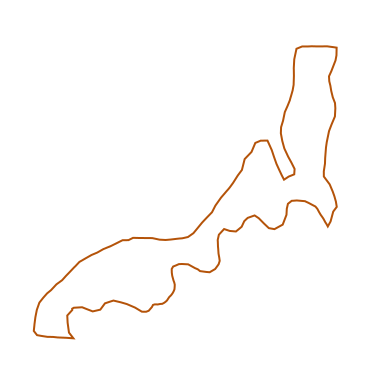 Sagbama, Bayelsa, Nigeria (Natural Earth projection), rotated 185°
{"feature_id": "59680162B84100135495566", "entity_name": "Sagbama", "entity_type": "district", "adm_level": 2, "iso_a3": "NGA", "parent_name": "Nigeria", "parent_adm1": "Bayelsa", "projection": "natural_earth1", "projection_center": [6.208, 5.097], "detail": "fine", "context": "isolated", "style": "outline", "palette": "amber", "viewbox_px": 384, "rotation_deg": 185, "n_neighbors": 0, "source": "geoboundaries", "source_scale": "gbopen_adm2", "svg_char_len": 2826}
<svg xmlns="http://www.w3.org/2000/svg" viewBox="0 0 384 384"><g transform="rotate(185 192 192)"><path d="M62.1,304.8L63.4,309.9L64.9,314.3L65.6,319.2L63.7,324.6L60.5,335.6L60.0,340.7L60.5,348.4L63.5,348.6L70.1,348.9L79.1,348.0L85.5,347.6L89.8,347.0L94.9,346.6L100.4,343.8L101.7,333.1L101.4,324.1L101.2,322.5L100.6,316.6L100.1,307.6L100.6,302.0L101.6,296.8L102.3,293.4L102.5,292.0L104.4,285.8L106.5,279.7L107.5,271.0L108.9,264.3L108.6,258.2L106.5,250.7L103.8,243.4L99.3,235.6L95.5,229.9L91.8,223.9L91.7,218.5L97.0,215.8L101.4,212.3L104.0,216.4L107.2,221.9L110.3,227.4L113.4,234.2L116.2,240.7L121.3,249.8L121.5,249.8L128.1,249.1L133.2,246.4L136.2,237.1L142.4,229.4L144.2,218.3L147.8,212.5L151.9,204.6L154.8,199.8L156.1,197.9L157.6,195.9L162.6,188.9L167.5,180.5L170.3,173.6L175.0,167.8L178.4,163.5L179.4,162.2L183.9,155.6L187.0,151.1L192.1,146.8L197.4,145.1L198.4,144.9L200.8,144.5L203.3,144.0L209.0,142.8L214.1,141.9L220.2,141.7L227.4,142.6L229.0,142.5L240.3,141.6L246.7,141.2L251.1,138.5L257.0,137.9L268.1,131.1L275.3,127.4L281.1,123.4L286.6,120.5L291.7,117.0L298.1,112.5L301.8,107.8L302.8,106.7L306.6,101.9L310.1,97.6L313.7,92.8L319.0,88.2L323.9,81.9L327.5,78.4L330.9,73.8L334.4,68.5L336.3,61.1L337.1,53.7L337.4,46.6L337.4,44.9L337.5,39.8L333.9,35.9L329.5,35.5L323.4,35.1L317.9,35.5L313.1,35.4L304.6,35.8L297.4,35.9L302.3,41.2L304.5,50.9L305.5,58.1L301.0,64.0L301.2,65.3L299.6,66.4L291.4,67.6L287.4,66.4L280.5,64.4L273.1,66.8L269.0,73.5L263.2,76.0L260.8,77.0L253.3,75.9L252.3,75.7L247.2,74.7L238.7,71.9L231.5,68.4L227.3,68.7L224.8,69.9L223.2,72.1L221.9,73.9L221.0,76.1L219.3,76.8L216.3,77.0L213.9,77.7L211.9,78.0L210.2,79.1L208.9,80.2L207.5,81.7L206.8,83.0L206.5,83.6L205.5,85.4L204.1,87.0L203.4,88.0L202.5,89.5L201.7,91.3L201.0,93.5L201.0,95.9L201.1,98.2L201.8,100.3L202.7,102.2L204.4,106.8L205.1,109.9L205.5,113.5L204.3,116.1L201.5,117.5L198.8,119.0L195.7,119.4L189.5,119.6L182.3,116.4L179.5,115.5L177.1,113.9L170.7,113.6L167.4,113.6L162.2,117.3L160.2,120.6L159.2,122.3L158.4,125.8L159.1,128.9L160.2,132.9L161.0,138.0L161.4,140.1L161.4,140.3L161.9,144.4L162.2,146.4L161.5,151.8L156.8,157.9L153.5,157.1L151.0,156.5L144.8,156.5L141.9,159.3L139.5,161.7L137.4,167.5L135.4,169.8L134.2,171.1L127.6,174.1L127.0,173.8L123.2,171.7L117.7,167.0L112.3,162.7L106.6,162.2L98.8,167.4L97.5,171.9L95.9,177.5L96.1,183.8L96.0,184.3L95.4,188.6L91.9,191.9L89.9,192.2L86.9,192.7L78.6,192.7L77.9,192.4L74.9,191.3L72.1,190.1L67.8,188.3L65.7,186.2L63.6,183.0L61.9,180.6L60.1,178.5L58.8,176.9L58.0,175.7L56.5,173.4L55.3,171.9L53.7,169.5L51.4,174.7L49.6,184.8L46.5,189.8L47.9,195.3L48.1,195.7L49.8,200.2L51.9,204.8L55.5,211.6L57.9,214.3L62.0,218.9L62.5,224.1L62.0,231.8L62.3,237.4L62.4,248.0L62.1,253.4L60.8,264.6L58.9,271.3L56.2,279.7L56.5,287.9L57.3,293.1L59.4,297.4L60.0,298.6L62.1,304.8Z" fill="none" stroke="#b45309" stroke-width="2"/></g></svg>